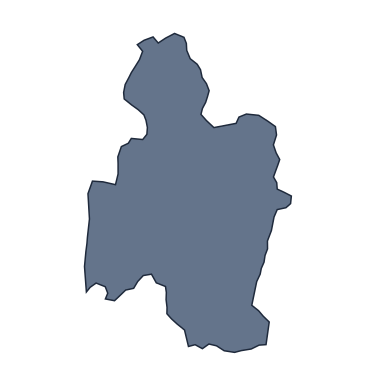 outline of Modelo, Santa Catarina, Brazil, rotated 281°
{"feature_id": "56859067B74216075276825", "entity_name": "Modelo", "entity_type": "district", "adm_level": 2, "iso_a3": "BRA", "parent_name": "Brazil", "parent_adm1": "Santa Catarina", "projection": "equal_earth", "projection_center": [-53.047, -26.775], "detail": "fine", "context": "isolated", "style": "filled", "palette": "slate", "viewbox_px": 384, "rotation_deg": 281, "n_neighbors": 0, "source": "geoboundaries", "source_scale": "gbopen_adm2", "svg_char_len": 1556}
<svg xmlns="http://www.w3.org/2000/svg" viewBox="0 0 384 384"><g transform="rotate(281 192 192)"><path d="M73.7,107.4L79.0,110.2L84.3,115.2L82.5,124.9L76.6,128.6L70.5,127.4L70.5,136.7L76.4,140.9L83.1,145.6L86.3,153.1L93.8,155.8L100.7,160.1L103.6,167.9L96.0,174.3L94.2,184.0L88.4,186.0L81.4,187.1L74.0,189.5L67.7,190.6L63.6,196.0L59.5,202.7L55.1,211.0L39.7,218.0L42.7,224.2L40.2,232.1L46.0,237.6L45.7,245.4L42.3,253.9L42.7,264.4L45.7,270.6L49.2,280.1L54.5,287.1L56.3,293.8L79.1,292.6L83.7,285.6L88.1,280.1L92.2,272.3L116.4,272.6L124.4,274.6L130.2,274.6L136.9,276.1L143.6,275.8L150.6,277.0L158.3,275.4L169.3,277.3L175.8,277.3L183.1,277.3L191.0,279.0L194.5,287.2L199.4,291.0L207.0,290.3L209.3,282.4L211.1,275.1L217.3,273.4L222.3,269.1L228.1,270.0L234.8,271.1L240.6,271.9L246.5,267.1L253.8,262.9L264.1,264.1L272.1,261.4L275.9,253.1L280.0,242.9L278.9,230.5L274.5,223.8L267.8,222.2L259.4,201.2L264.9,192.5L269.9,186.0L276.0,186.3L282.6,188.3L288.5,189.0L294.7,189.5L301.1,185.5L306.3,180.1L313.7,177.0L318.4,172.7L322.5,164.8L330.0,159.8L336.8,158.1L342.3,154.6L344.3,144.6L338.0,136.7L331.8,130.4L336.8,124.2L331.8,116.0L326.2,110.2L320.7,116.7L311.9,115.2L303.8,112.1L297.7,109.7L292.3,108.2L284.8,105.9L276.6,105.9L270.4,107.7L265.8,116.4L262.6,123.4L258.5,130.1L253.5,133.2L246.8,135.9L240.0,136.7L234.1,133.6L233.0,122.2L227.7,120.2L223.1,114.0L212.3,112.5L205.9,114.0L195.6,116.0L184.6,115.5L185.0,102.7L183.7,92.2L170.5,90.2L145.9,96.5L127.5,98.0L121.4,98.7L113.5,99.2L98.3,100.7L73.7,107.4Z" fill="#64748b" stroke="#1e293b" stroke-width="1.5"/></g></svg>